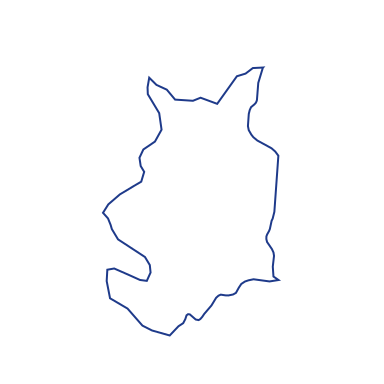 an SVG outline of Monmouthshire, rotated 59°
{"feature_id": "GBR-2132", "entity_name": "Monmouthshire", "entity_type": "Unitary Authority (wales)", "adm_level": 1, "iso_a3": "GBR", "parent_name": "United Kingdom", "parent_adm1": "", "projection": "robinson", "projection_center": [-2.855, 51.774], "detail": "fine", "context": "isolated", "style": "outline", "palette": "blue", "viewbox_px": 384, "rotation_deg": 59, "n_neighbors": 0, "source": "natural_earth", "source_scale": "10m", "svg_char_len": 1392}
<svg xmlns="http://www.w3.org/2000/svg" viewBox="0 0 384 384"><g transform="rotate(59 192 192)"><path d="M121.9,67.0L122.0,67.3L132.6,79.0L146.5,88.9L147.3,89.7L148.4,91.3L149.0,93.3L149.7,97.7L151.5,100.3L154.3,103.1L164.3,110.1L168.2,111.5L173.3,111.6L176.6,111.2L181.5,109.5L195.5,101.3L200.2,99.8L205.4,99.3L251.4,131.6L256.4,136.6L257.6,138.5L263.8,144.3L265.1,146.0L267.1,149.5L268.4,151.1L270.6,152.5L273.5,153.4L282.1,152.9L285.8,153.3L289.0,154.6L297.6,161.2L306.4,165.7L311.3,163.5L312.0,163.2L308.6,171.6L298.5,184.2L296.8,189.1L296.0,192.7L296.2,197.1L298.1,201.1L301.1,206.3L301.0,209.6L299.4,214.1L297.8,216.6L294.8,220.2L294.5,222.7L295.1,225.8L299.3,233.8L302.8,244.3L304.3,247.5L305.2,250.3L305.2,252.3L303.2,254.5L295.8,256.9L294.7,258.3L294.9,260.2L297.5,263.2L299.9,267.1L300.1,272.7L303.5,285.0L290.1,297.6L281.0,303.3L258.7,307.3L240.9,317.0L224.4,311.0L215.0,304.6L217.5,298.1L231.2,288.4L240.6,281.9L244.9,276.5L239.7,269.0L232.9,265.8L223.5,265.8L194.5,279.8L182.5,279.8L178.3,278.7L171.4,277.6L164.0,279.0L159.5,270.1L156.9,255.0L156.9,238.8L157.0,230.2L150.1,222.6L143.3,222.6L135.6,219.4L130.5,211.8L129.7,197.8L122.9,186.0L107.5,179.5L96.4,179.5L85.4,179.5L79.4,176.2L72.0,169.8L81.9,167.3L91.3,160.9L104.1,158.9L114.3,144.2L115.6,136.1L129.4,125.0L115.9,93.9L118.1,85.1L117.1,76.0L121.8,67.2L121.9,67.0Z" fill="none" stroke="#1e3a8a" stroke-width="2"/></g></svg>